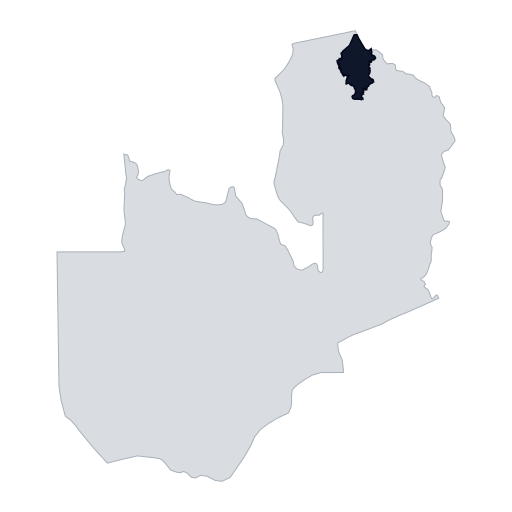 Mpulungu, Northern, Zambia shown in context
{"feature_id": "96606910B10449137451116", "entity_name": "Mpulungu", "entity_type": "district", "adm_level": 2, "iso_a3": "ZMB", "parent_name": "Zambia", "parent_adm1": "Northern", "projection": "equal_earth", "projection_center": [30.995, -8.984], "detail": "fine", "context": "in_parent", "style": "filled", "palette": "ink", "viewbox_px": 512, "rotation_deg": 0, "n_neighbors": 0, "source": "geoboundaries", "source_scale": "gbopen_adm2", "svg_char_len": 8419}
<svg xmlns="http://www.w3.org/2000/svg" viewBox="0 0 512 512"><path d="M343.6,372.5L321.0,372.6L312.8,374.9L306.1,378.6L298.1,384.2L293.5,388.2L292.2,390.4L291.6,395.2L291.6,402.6L290.8,408.0L288.4,412.9L276.2,418.8L268.3,423.7L260.5,429.4L254.6,436.9L250.6,446.0L244.0,457.3L230.1,477.5L222.0,481.3L215.2,480.4L207.0,476.2L200.4,475.4L195.6,478.0L191.2,477.2L187.0,473.0L183.6,471.4L180.8,472.6L177.3,472.4L170.7,470.1L165.0,462.9L162.0,459.9L159.6,458.7L152.9,457.6L137.4,455.9L121.4,459.5L107.4,463.1L92.8,447.1L78.8,430.1L75.8,425.7L70.5,420.0L66.7,417.3L65.2,415.8L61.2,400.7L59.0,386.7L57.0,251.9L120.4,251.9L124.5,251.3L124.7,249.8L121.7,242.6L121.8,240.0L122.5,235.1L125.2,225.3L125.4,222.1L124.0,211.4L124.1,205.4L124.7,193.3L124.2,189.2L125.7,183.8L126.1,180.2L126.7,178.7L125.9,174.5L124.5,160.2L123.8,154.1L127.6,155.0L128.9,158.0L129.6,161.2L131.4,161.4L135.9,163.3L137.5,166.0L138.6,171.8L138.0,174.7L136.5,177.1L138.0,179.2L141.0,180.6L142.8,180.2L147.9,176.3L152.6,174.8L155.0,173.8L165.5,171.2L167.6,169.8L169.0,169.8L170.1,170.9L169.2,175.0L168.9,178.6L170.2,185.5L171.2,188.7L173.4,191.0L175.0,192.2L176.8,194.6L180.5,194.2L188.5,197.7L191.0,199.3L194.4,200.9L196.8,201.5L205.1,202.7L213.9,204.7L218.4,204.9L221.6,204.4L223.9,203.4L225.3,202.3L225.9,201.3L229.1,188.3L230.8,187.3L233.0,186.6L234.3,187.8L235.7,196.0L242.1,203.4L244.3,209.6L245.9,214.9L247.3,216.4L249.7,218.2L253.5,218.8L256.9,219.0L274.0,228.1L275.9,229.7L278.0,234.6L279.3,240.0L280.7,244.3L282.9,245.1L284.8,245.5L286.8,248.4L288.2,251.0L293.3,261.6L294.0,265.9L296.5,268.7L299.8,269.9L302.9,270.0L304.6,268.8L309.0,266.6L312.4,264.1L314.8,263.2L316.3,263.7L317.4,265.5L318.2,270.8L320.6,272.6L322.4,271.9L323.1,269.8L323.1,268.7L323.0,213.1L321.4,213.5L319.4,215.1L314.9,215.3L313.2,216.4L312.6,218.2L313.0,220.5L313.1,223.7L312.4,225.2L310.5,225.7L307.6,224.5L302.4,222.9L298.1,222.0L295.0,217.8L290.7,211.5L288.0,208.3L281.3,201.7L280.2,200.4L278.2,197.3L276.4,192.1L274.7,186.1L273.8,182.2L275.4,176.3L279.3,157.0L280.1,150.9L283.3,144.8L283.6,139.3L282.2,132.3L282.6,128.4L282.9,106.2L282.0,99.2L279.8,91.4L275.0,80.6L275.0,78.3L282.4,71.3L284.6,68.6L288.4,62.9L291.0,58.1L292.7,54.1L293.2,49.0L292.0,44.2L294.5,43.2L355.5,30.7L356.4,34.1L358.2,39.6L360.3,43.6L362.9,47.2L365.2,49.4L366.7,50.0L376.0,49.8L379.4,52.0L382.4,54.7L383.1,59.0L385.0,61.6L387.1,63.7L388.0,64.0L389.5,63.5L392.1,63.4L394.4,64.3L395.5,65.3L395.6,68.8L396.3,70.4L399.5,71.0L402.7,71.3L405.8,73.7L409.2,74.2L413.1,75.1L415.0,77.7L419.1,80.4L424.2,82.8L429.8,86.7L429.9,87.9L430.8,90.3L431.8,91.9L431.9,94.4L432.3,96.6L433.8,97.2L435.0,97.4L436.1,95.7L437.6,95.8L439.2,96.8L439.8,99.4L441.0,102.9L443.1,105.4L444.5,107.7L444.0,111.9L443.1,115.8L445.9,119.6L449.5,123.2L450.5,124.8L450.8,130.2L451.3,132.0L453.8,136.5L455.0,139.5L454.9,141.2L448.2,150.1L444.1,151.4L442.4,153.2L441.3,155.1L443.9,163.9L445.3,167.3L444.1,171.5L441.5,178.6L440.2,179.2L440.0,184.6L440.8,186.6L442.1,188.1L442.6,191.8L442.5,200.8L440.8,211.1L443.8,220.1L444.8,221.1L448.9,221.2L449.6,221.9L448.6,224.5L445.7,228.4L440.5,231.5L432.9,234.9L431.3,238.1L430.3,242.8L431.1,245.6L432.1,247.2L431.8,251.3L431.1,255.7L431.3,259.1L431.0,262.1L430.0,263.6L428.6,268.2L427.0,272.7L425.7,274.8L423.8,277.0L420.8,278.8L420.9,279.7L424.3,281.9L425.1,283.3L425.4,284.3L424.0,286.6L425.6,288.0L427.5,289.2L429.3,292.2L431.3,298.0L431.7,298.6L432.3,298.6L433.4,298.0L435.5,295.7L437.0,294.9L438.8,298.2L407.2,312.3L399.8,315.2L388.8,320.2L385.2,322.1L382.3,323.9L353.0,334.9L348.4,337.1L338.0,342.8L337.7,343.7L337.8,346.2L338.7,351.5L340.5,356.4L342.0,359.1L343.0,366.2L343.6,372.5Z" fill="#d9dde1" stroke="#a8b0b8" stroke-width="1"/><path d="M362.9,98.6L362.9,98.4L362.8,98.2L362.7,98.0L362.0,97.5L361.9,97.2L361.7,97.0L361.6,96.7L361.4,96.6L361.4,96.3L361.2,96.0L361.3,95.8L361.2,95.7L361.4,95.6L361.5,95.5L361.7,95.4L361.6,95.1L361.8,95.0L362.1,94.8L362.1,94.3L362.2,94.1L362.2,93.8L362.4,93.8L362.6,93.6L363.1,93.8L363.0,93.6L363.0,93.4L362.9,93.1L363.0,93.1L363.2,92.7L363.3,92.6L363.2,92.5L363.3,92.5L363.2,92.2L363.3,92.2L363.5,92.2L363.4,91.9L363.5,91.5L363.4,91.3L363.6,91.1L363.5,90.6L363.6,90.4L363.5,90.2L363.4,89.9L363.2,89.6L363.2,89.3L363.6,89.4L363.7,89.2L363.6,88.8L364.0,89.2L364.5,89.3L364.7,89.5L364.8,89.4L365.3,89.3L365.5,89.4L365.8,89.8L365.9,89.7L366.2,89.8L366.7,89.7L366.8,89.3L366.9,88.7L366.9,88.4L367.0,88.1L367.0,87.7L367.3,86.8L367.8,86.3L368.1,86.3L368.5,86.3L369.0,84.9L368.5,84.9L369.1,84.6L369.5,84.2L370.4,83.9L370.6,83.6L371.2,83.4L371.6,83.3L371.7,83.2L371.9,83.2L372.2,83.0L372.5,82.8L372.6,82.5L372.9,82.3L373.0,82.1L373.3,81.9L373.6,81.9L373.5,81.5L373.5,81.2L373.4,81.1L373.4,80.6L373.3,80.4L373.2,80.0L373.0,79.6L372.5,79.2L372.2,79.3L371.9,79.2L371.8,79.3L371.7,79.3L368.3,76.1L368.6,75.0L368.9,74.7L369.1,74.1L369.4,73.8L369.7,73.0L369.7,72.7L369.9,72.3L369.9,71.8L370.0,71.5L370.0,71.2L370.1,70.7L370.0,70.0L369.8,69.7L369.7,69.4L369.8,69.2L369.8,68.8L369.9,68.7L370.0,68.1L369.6,67.7L369.4,67.7L369.0,67.9L369.1,67.6L369.0,67.1L368.7,66.2L368.7,65.3L368.8,64.9L369.0,65.0L369.3,65.3L369.5,65.2L369.4,64.5L369.6,64.3L369.5,63.9L369.5,63.5L369.5,63.4L369.4,62.5L369.2,62.2L369.1,61.4L369.2,61.2L369.5,61.0L369.7,61.7L369.8,61.9L369.8,62.1L370.1,62.3L371.1,62.2L371.3,61.8L371.6,61.7L371.5,61.4L371.5,60.9L371.3,60.8L371.2,60.6L371.1,60.1L371.1,59.9L371.5,59.7L371.7,59.8L371.9,59.7L372.3,59.9L372.8,59.9L373.0,60.0L373.3,60.0L373.5,59.8L373.9,59.9L374.5,59.4L374.4,59.2L374.5,59.0L374.8,58.9L375.5,58.2L375.4,58.0L375.5,57.6L375.4,57.5L375.3,57.4L375.1,56.9L374.9,56.8L374.8,56.6L374.6,56.7L374.4,56.5L374.3,56.1L374.2,56.1L373.9,55.7L373.5,55.8L373.2,55.7L372.9,55.4L372.5,55.4L372.3,55.2L372.1,55.0L372.0,54.8L371.7,54.9L371.6,55.0L371.5,54.9L371.1,53.7L371.4,53.3L371.7,53.1L371.8,52.8L371.7,51.4L371.5,50.5L371.2,48.8L370.7,49.3L370.5,49.1L370.3,49.2L370.3,49.3L370.2,49.6L369.8,50.1L368.7,50.5L367.6,50.5L367.4,50.5L365.8,49.6L365.1,49.0L364.6,48.4L364.1,47.5L363.9,47.2L358.6,38.3L357.0,34.6L354.1,34.9L352.0,39.8L349.5,45.4L342.7,51.3L342.8,51.7L342.7,52.2L341.6,52.6L341.2,53.0L341.1,53.5L341.8,55.7L341.8,56.1L341.8,57.3L341.8,57.7L341.8,57.9L342.1,58.2L342.1,58.4L341.9,58.7L341.8,58.1L341.2,58.1L341.0,58.3L341.0,58.5L340.9,58.6L340.7,58.5L340.7,58.4L340.5,58.5L340.1,59.0L339.9,59.0L340.0,58.9L339.8,58.8L339.7,58.9L339.8,59.0L339.7,59.2L339.6,59.3L339.5,59.2L339.5,59.4L339.4,59.3L339.3,59.5L339.0,59.4L338.5,59.7L338.3,60.1L337.9,60.4L337.6,60.7L337.2,60.9L337.4,61.7L337.5,61.8L337.5,62.0L337.3,61.8L337.4,62.3L337.3,62.5L337.6,63.0L337.7,63.3L337.8,63.4L338.0,63.3L338.3,63.2L338.7,63.0L339.0,63.1L339.1,63.6L339.3,63.8L338.9,64.5L338.5,64.4L338.2,64.5L338.3,64.7L338.5,64.6L338.5,64.9L338.7,65.0L338.9,65.4L339.1,65.5L339.3,65.5L339.6,65.9L339.5,66.1L339.2,65.9L339.0,66.0L338.9,66.1L338.9,66.3L339.1,66.3L339.3,66.6L339.6,66.9L339.7,67.2L339.5,67.3L339.4,67.4L339.3,67.6L339.0,67.6L338.7,68.0L338.9,68.2L339.3,68.2L339.7,67.8L339.8,68.2L340.2,68.6L339.9,68.7L339.9,69.1L340.0,69.2L340.0,69.3L340.6,69.1L340.7,69.3L340.8,69.7L340.9,69.9L340.9,70.3L340.9,70.5L340.8,70.4L340.7,70.1L340.6,70.4L340.7,70.9L341.0,71.0L341.1,71.5L341.1,71.9L341.1,72.2L341.2,72.4L341.6,72.8L341.9,72.6L342.1,72.7L342.2,72.9L342.3,72.9L342.4,73.5L342.5,73.8L342.6,74.4L342.5,74.5L343.2,75.4L343.2,74.9L343.3,74.7L343.6,74.6L343.6,74.4L344.0,74.4L343.9,74.8L343.9,75.1L344.1,75.2L344.4,75.5L344.5,75.2L345.2,75.1L345.4,75.3L345.8,75.3L346.0,75.4L346.5,75.5L346.6,75.8L346.9,75.7L347.0,75.7L347.3,75.7L347.5,75.6L347.8,75.5L348.1,75.6L348.3,75.5L348.4,75.8L348.5,75.9L348.7,76.0L348.7,75.9L348.9,75.9L348.9,76.0L349.0,76.0L348.9,76.1L348.9,76.3L348.6,76.5L348.3,76.8L348.2,76.8L347.9,77.2L347.7,77.2L347.6,77.4L347.3,77.5L346.8,78.8L346.7,79.4L346.3,80.3L346.4,80.5L346.3,80.8L346.1,81.9L346.2,83.0L346.0,84.1L346.0,84.5L346.4,83.7L346.5,83.6L347.3,83.6L348.3,83.1L348.7,83.1L349.1,83.2L349.3,83.5L349.6,84.0L349.9,84.4L350.4,84.7L350.5,84.9L351.6,85.6L351.9,85.6L352.2,85.4L352.4,85.6L353.0,85.8L353.6,86.3L354.1,87.1L354.5,88.5L355.1,89.2L355.1,89.5L355.3,89.6L355.5,90.3L355.6,91.3L355.5,92.0L355.4,92.7L355.4,93.1L354.6,94.2L354.4,94.6L354.3,94.8L353.7,95.3L353.0,95.5L352.6,95.7L352.3,96.1L352.2,96.3L352.1,96.9L352.8,98.4L353.1,98.7L353.8,99.0L354.8,99.2L355.6,99.2L356.1,99.2L357.6,99.2L358.3,99.2L358.7,99.2L359.1,99.1L359.6,99.3L360.2,99.2L361.5,99.8L361.9,99.5L362.8,98.5L362.9,98.6Z" fill="#0f172a" stroke="#020617" stroke-width="1.5"/></svg>